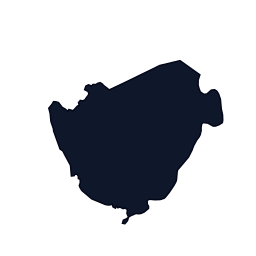 Taquaritinga do Norte, Pernambuco, Brazil (orthographic projection), rotated 121°
{"feature_id": "56859067B77753102220034", "entity_name": "Taquaritinga do Norte", "entity_type": "district", "adm_level": 2, "iso_a3": "BRA", "parent_name": "Brazil", "parent_adm1": "Pernambuco", "projection": "orthographic", "projection_center": [-36.11, -7.885], "detail": "fine", "context": "isolated", "style": "filled", "palette": "ink", "viewbox_px": 256, "rotation_deg": 121, "n_neighbors": 0, "source": "geoboundaries", "source_scale": "gbopen_adm2", "svg_char_len": 1712}
<svg xmlns="http://www.w3.org/2000/svg" viewBox="0 0 256 256"><g transform="rotate(121 128 128)"><path d="M132.5,62.9L121.8,61.2L114.3,61.7L109.6,62.6L103.3,62.9L101.0,62.7L99.0,62.5L96.4,62.7L92.5,64.0L90.3,65.4L86.8,66.9L84.8,66.6L82.7,62.1L82.5,56.0L81.3,54.0L78.2,51.6L74.8,49.9L72.4,50.9L68.1,53.7L63.7,57.8L60.6,60.1L55.8,63.6L52.1,68.0L50.7,70.8L50.6,73.5L52.6,76.1L58.3,77.9L60.1,80.4L59.8,84.6L57.6,87.5L55.0,90.1L50.7,92.6L45.4,93.8L43.5,118.1L58.0,132.9L89.1,153.1L95.3,157.2L105.0,163.7L104.1,170.9L103.5,172.7L103.5,175.3L105.5,177.1L107.3,177.9L108.7,180.4L110.8,181.0L111.3,184.1L113.8,185.7L117.5,184.9L117.2,181.3L118.4,179.4L120.3,178.9L123.2,179.3L126.0,179.4L128.1,180.8L128.9,183.1L131.8,183.5L133.8,181.4L135.1,182.6L137.9,183.2L141.4,183.9L142.6,188.2L144.8,188.3L144.1,191.3L144.2,195.0L142.0,200.7L142.7,203.4L143.8,205.4L146.6,205.3L151.8,206.1L155.5,202.3L162.1,197.4L167.1,191.5L168.9,190.2L181.0,175.4L181.2,172.1L183.2,168.9L184.6,166.6L186.0,164.2L189.6,158.1L198.3,151.8L196.7,149.7L194.8,149.5L193.9,147.6L195.0,145.7L196.9,144.5L196.6,142.6L199.5,140.7L202.4,140.1L203.6,138.6L205.3,135.5L205.7,133.2L207.4,122.8L207.0,119.7L205.2,107.8L203.9,104.7L201.5,102.1L203.3,100.3L203.2,97.5L200.9,97.5L201.6,95.6L199.9,94.2L199.7,90.7L198.0,89.1L198.4,86.4L201.8,84.9L204.2,81.6L201.8,80.5L199.6,78.9L197.2,77.2L196.1,74.8L194.5,72.8L191.6,70.8L186.4,69.0L184.6,70.0L183.4,72.1L181.2,73.8L179.2,73.9L177.8,72.5L175.7,68.1L172.7,63.5L169.6,60.8L167.7,60.3L161.9,59.5L153.4,59.1L149.2,59.3L147.4,59.8L144.5,61.2L140.5,63.2L138.2,63.9L132.5,62.9ZM204.2,81.6L206.7,82.6L209.4,84.5L212.5,83.7L211.7,81.4L207.9,80.7L204.2,81.6Z" fill="#0f172a" stroke="#020617" stroke-width="1.5"/></g></svg>